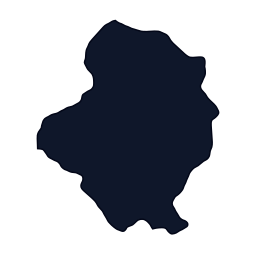 outline of Piedra Blanca, Monseñor Nouel, Dominican Republic, rotated 177°
{"feature_id": "3306468B87386677214515", "entity_name": "Piedra Blanca", "entity_type": "district", "adm_level": 2, "iso_a3": "DOM", "parent_name": "Dominican Republic", "parent_adm1": "Monseñor Nouel", "projection": "orthographic", "projection_center": [-70.332, 18.811], "detail": "fine", "context": "isolated", "style": "filled", "palette": "ink", "viewbox_px": 256, "rotation_deg": 177, "n_neighbors": 0, "source": "geoboundaries", "source_scale": "gbopen_adm2", "svg_char_len": 3625}
<svg xmlns="http://www.w3.org/2000/svg" viewBox="0 0 256 256"><g transform="rotate(177 128 128)"><path d="M48.3,185.1L47.8,188.6L47.7,190.8L47.9,192.1L48.1,192.8L48.4,193.4L48.8,193.9L49.4,194.4L50.0,194.7L51.4,195.0L53.6,195.1L59.2,195.0L61.6,195.2L63.1,195.6L64.5,196.4L65.8,197.4L67.6,199.0L78.6,210.3L80.1,212.2L81.0,213.5L82.3,216.0L83.0,217.2L84.4,218.8L85.5,219.6L91.0,222.4L92.4,222.9L93.2,223.0L96.3,223.3L104.4,223.3L107.6,223.5L109.9,223.9L114.5,225.5L115.8,226.0L119.2,227.2L122.8,229.1L125.5,230.2L129.0,232.3L131.0,233.1L132.2,233.8L133.4,234.6L135.0,236.0L136.8,235.7L137.9,235.4L139.1,234.8L141.5,233.5L144.1,232.4L145.9,231.3L147.5,229.9L158.9,218.5L161.4,215.8L162.5,214.1L163.7,211.5L165.0,209.1L165.5,207.9L166.0,205.7L166.6,200.5L166.9,199.1L167.6,197.4L167.9,196.3L168.0,195.7L167.9,195.1L167.5,193.9L165.6,189.7L164.9,188.5L162.1,185.2L161.2,184.1L160.6,182.8L160.1,181.3L159.8,179.7L159.7,178.1L159.7,175.7L159.8,174.0L160.0,172.5L160.2,171.7L160.5,171.0L161.3,169.8L162.2,168.8L163.3,168.0L166.5,166.6L170.9,164.0L171.4,163.5L172.0,162.4L172.8,159.3L173.4,158.0L173.8,157.5L174.7,156.5L175.8,155.7L182.0,152.7L183.4,152.3L186.2,151.8L187.6,151.4L188.9,150.8L191.3,149.5L193.9,148.5L196.3,147.2L197.6,146.6L199.0,146.2L201.8,145.7L203.2,145.3L204.5,144.8L206.9,143.5L208.8,142.7L210.0,142.0L210.6,141.6L211.5,140.6L212.3,139.5L212.6,138.8L214.0,135.0L214.6,132.4L216.1,130.5L217.6,128.5L218.3,127.0L218.8,125.4L219.1,122.0L219.2,115.8L219.3,112.1L216.8,111.8L215.5,111.5L214.3,111.1L213.7,110.7L212.9,109.7L210.5,105.9L209.6,104.2L208.8,103.2L207.8,102.4L204.4,100.4L203.3,99.7L200.7,98.5L199.6,97.7L198.7,96.7L197.9,95.7L196.7,93.2L196.3,92.6L195.4,91.6L194.4,90.7L193.2,89.9L191.3,89.1L188.9,87.8L187.6,87.2L186.2,86.8L182.6,86.2L181.3,85.7L177.3,83.5L176.8,83.1L176.3,82.6L176.0,82.1L175.6,80.8L175.6,80.1L175.7,78.7L176.1,77.4L177.3,75.1L177.8,73.9L178.0,72.6L177.8,71.1L177.2,69.8L176.3,68.6L175.3,67.5L168.0,60.3L166.4,58.6L164.8,56.8L163.6,55.0L162.0,51.8L161.2,50.6L158.5,47.3L157.7,46.2L157.1,44.9L156.2,42.9L154.3,39.3L153.1,36.7L152.4,35.4L150.9,33.6L149.4,31.9L147.1,29.7L145.4,28.3L144.1,27.4L139.9,25.5L138.8,25.2L138.2,25.2L137.6,25.3L137.1,25.5L136.1,26.3L135.4,27.1L134.5,28.6L134.1,29.0L133.6,29.3L132.4,29.8L129.8,30.6L128.5,31.1L126.9,32.3L124.2,34.6L123.0,35.4L122.4,35.7L120.9,36.1L120.2,36.2L118.7,36.2L117.2,36.0L115.9,35.4L114.7,34.6L113.6,33.7L112.2,32.1L110.9,30.4L109.4,27.3L108.6,26.0L105.4,26.6L102.3,26.8L99.3,26.8L97.2,26.5L95.9,26.0L95.4,25.7L94.6,24.7L93.3,22.7L92.0,21.3L91.0,20.5L90.4,20.2L89.8,20.0L89.2,20.0L87.4,20.2L85.4,20.8L81.8,22.8L79.1,23.9L74.7,26.3L74.2,26.7L73.8,27.2L73.5,27.8L73.4,28.4L73.4,29.1L73.5,29.7L73.8,30.3L74.6,31.3L75.1,31.7L76.1,32.4L78.0,33.2L79.2,33.9L80.7,35.2L81.5,36.3L83.1,39.4L84.8,42.4L85.9,45.1L87.5,48.0L87.8,49.4L87.9,50.1L87.7,51.5L87.5,52.1L86.9,53.3L85.2,56.0L84.4,57.0L83.9,57.4L81.7,58.8L79.9,60.2L78.3,61.8L76.8,63.6L76.1,64.9L75.0,67.5L73.3,70.5L72.2,73.1L70.3,76.7L69.1,79.4L68.3,80.6L67.3,81.8L65.7,83.5L63.9,84.9L60.0,86.8L54.4,90.9L51.9,92.1L50.7,92.8L49.7,93.7L48.9,94.8L48.5,95.4L48.0,96.8L47.4,99.6L47.1,100.9L45.4,104.6L44.9,106.9L44.7,109.4L44.7,111.8L44.9,125.9L44.8,128.2L44.6,129.7L44.1,131.0L43.7,131.6L43.3,132.0L41.1,133.4L40.0,134.2L38.9,135.2L37.9,136.2L37.1,137.4L36.8,138.0L36.7,138.7L36.7,139.3L37.0,140.5L38.6,144.1L39.4,145.4L40.9,147.3L44.8,151.4L46.4,153.3L47.3,154.6L49.0,157.8L52.3,161.9L53.0,163.2L53.3,163.9L53.5,165.3L53.5,166.0L53.2,167.4L51.6,170.2L50.4,172.8L48.8,175.8L48.3,177.1L48.0,178.6L47.9,180.9L48.0,183.2L48.3,185.1Z" fill="#0f172a" stroke="#020617" stroke-width="1.5"/></g></svg>